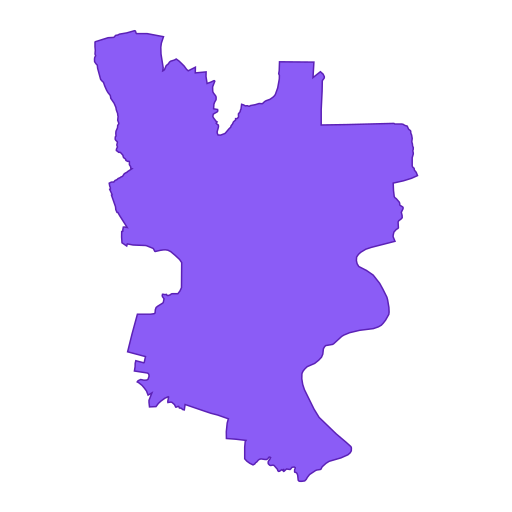 Tan Uyen, Bình Dương, Vietnam (orthographic projection)
{"feature_id": "81297802B30800695298767", "entity_name": "Tan Uyen", "entity_type": "district", "adm_level": 2, "iso_a3": "VNM", "parent_name": "Vietnam", "parent_adm1": "Bình Dương", "projection": "orthographic", "projection_center": [106.743, 11.057], "detail": "fine", "context": "isolated", "style": "filled", "palette": "violet", "viewbox_px": 512, "rotation_deg": 0, "n_neighbors": 0, "source": "geoboundaries", "source_scale": "gbopen_adm2", "svg_char_len": 6028}
<svg xmlns="http://www.w3.org/2000/svg" viewBox="0 0 512 512"><path d="M95.3,41.7L95.0,42.2L95.0,46.8L95.3,50.4L95.0,54.1L95.5,55.2L95.6,55.8L94.7,57.5L94.5,59.1L94.6,61.7L96.0,63.8L97.3,65.2L97.6,68.2L100.6,79.3L101.6,80.6L103.5,82.4L104.7,85.9L106.6,90.2L108.0,92.6L110.3,95.5L110.8,98.4L114.1,103.2L115.9,107.4L116.3,109.9L117.7,113.7L117.7,114.9L118.1,116.4L117.7,120.3L118.8,123.2L118.5,124.3L117.7,125.3L117.5,127.8L116.0,131.2L115.8,133.3L116.0,135.9L115.3,136.9L115.2,138.2L115.2,139.3L115.7,140.2L117.3,141.8L117.4,142.4L116.8,145.0L117.5,147.0L116.6,148.7L116.3,150.0L116.4,150.6L117.5,151.3L118.6,152.3L120.3,152.4L121.5,153.6L123.0,155.4L123.2,156.7L123.6,157.6L125.2,158.8L125.8,159.6L125.9,160.4L127.6,161.4L129.0,161.3L129.4,161.7L129.4,164.7L130.6,166.6L130.8,168.3L132.0,168.7L127.4,171.7L126.8,172.4L125.8,172.8L124.3,173.7L122.5,176.4L121.1,176.9L120.0,177.7L118.1,178.5L117.0,179.6L115.0,180.5L113.8,182.0L111.3,182.1L109.2,183.2L109.7,186.0L110.3,187.5L110.4,189.0L109.7,189.3L112.1,194.6L111.9,195.1L111.5,195.2L115.5,206.7L115.8,209.7L117.0,212.4L117.9,212.5L119.7,215.7L127.2,227.5L124.3,227.0L123.3,227.1L122.8,229.9L122.8,231.2L122.6,231.4L121.7,231.5L121.6,237.0L122.0,242.8L126.7,246.0L127.3,243.9L133.1,245.0L145.4,245.5L146.5,245.7L152.9,248.3L153.4,248.7L154.8,251.3L155.2,251.5L160.5,250.3L163.3,249.9L165.3,249.8L167.9,250.2L170.7,251.6L175.1,255.3L179.6,259.5L181.7,262.6L181.5,287.6L180.0,290.9L177.9,293.7L172.5,293.7L171.3,293.9L170.5,294.7L168.4,295.5L167.5,295.5L166.9,295.2L166.5,294.4L164.8,294.6L163.5,294.3L162.5,294.3L162.2,295.7L162.5,296.7L164.0,298.8L163.3,302.4L162.7,303.1L157.7,306.2L156.1,307.5L155.3,309.8L155.1,312.9L154.1,313.7L150.6,314.2L137.4,314.2L132.0,334.1L127.6,351.8L145.5,356.6L144.2,362.5L143.8,362.8L135.8,360.7L135.2,363.3L135.1,366.7L134.4,371.0L147.3,373.0L148.1,373.4L148.8,374.3L149.1,376.1L148.0,379.3L146.6,380.1L143.9,380.2L140.7,379.5L138.1,380.7L137.2,381.9L138.7,382.7L142.0,385.3L144.3,388.0L146.5,391.0L148.1,395.1L151.9,392.9L149.0,400.3L149.0,402.4L149.5,406.9L156.0,406.6L158.4,403.4L160.9,401.1L164.7,398.3L168.2,396.7L168.6,397.0L167.8,401.2L167.9,402.5L170.8,402.1L171.9,402.3L174.5,404.6L175.7,407.1L176.4,407.1L178.0,406.4L178.7,406.4L179.4,408.0L181.1,408.2L182.8,409.6L184.3,409.9L185.1,404.5L205.6,411.5L211.0,413.3L217.6,415.0L228.4,418.8L227.2,423.0L226.3,431.7L226.4,438.5L235.7,439.2L246.0,440.4L245.2,441.6L244.7,447.2L244.7,458.8L246.9,461.2L249.8,463.3L253.0,464.9L254.7,464.0L255.6,462.7L256.6,462.1L258.3,460.1L259.3,459.4L261.0,458.9L265.0,459.5L266.6,459.5L267.8,458.8L268.8,457.3L269.2,457.1L269.9,457.1L270.6,457.6L269.6,459.6L268.3,461.3L268.1,463.0L268.4,463.9L269.7,465.2L270.7,465.5L273.0,465.1L274.1,465.5L277.4,469.3L277.8,470.6L278.3,471.2L278.7,471.4L279.6,471.2L281.7,469.7L282.6,470.4L282.9,470.3L283.3,469.5L283.7,469.5L283.8,469.9L283.4,471.0L283.7,471.4L284.0,471.3L286.5,469.0L290.0,469.5L290.6,469.0L292.0,467.3L294.2,467.0L295.2,467.6L295.3,468.1L294.6,469.7L294.6,471.8L294.8,472.2L296.0,472.5L296.9,473.3L297.3,474.2L297.7,475.4L298.2,480.2L299.0,481.1L299.8,481.3L301.9,481.3L304.7,480.9L306.2,479.4L307.4,477.3L309.6,474.5L315.6,470.5L316.9,470.0L320.3,469.5L321.0,469.1L321.9,467.2L322.7,466.3L326.0,463.3L329.2,461.3L340.9,457.9L347.9,454.8L350.2,452.8L351.3,450.8L351.4,448.0L351.2,447.2L350.8,446.5L345.9,442.1L336.2,433.9L319.1,417.4L314.0,409.1L304.4,389.6L302.7,384.4L301.8,378.8L301.9,374.0L302.2,372.9L303.2,370.9L305.1,368.6L307.3,366.6L314.7,363.4L318.7,360.2L321.5,357.2L322.8,354.1L323.4,348.8L324.4,347.0L325.6,345.6L332.6,344.4L333.6,343.8L341.7,336.4L343.8,335.1L349.6,332.7L359.7,330.3L373.4,328.6L378.3,326.9L381.3,325.2L383.2,323.2L385.6,320.1L388.8,314.4L389.1,312.1L388.9,307.4L387.6,299.8L386.9,297.2L382.9,289.2L379.7,283.4L373.2,275.1L366.7,270.6L358.8,266.5L357.1,263.7L356.4,260.6L356.6,257.1L357.7,255.4L359.0,253.8L361.0,252.1L365.8,249.2L371.2,247.4L395.0,241.3L393.1,236.7L393.2,235.1L393.9,232.1L396.2,229.5L398.0,228.4L398.4,227.7L398.1,222.1L398.6,220.9L401.3,218.8L402.2,217.7L402.1,215.4L401.3,212.3L403.0,208.8L403.1,208.0L403.0,207.3L402.6,206.9L400.1,205.3L399.7,204.7L399.7,203.3L399.3,202.2L396.3,198.7L394.7,197.5L394.2,196.4L393.5,190.5L393.2,183.1L403.5,180.8L411.5,178.3L417.5,175.6L416.2,172.3L414.4,170.1L414.1,168.3L412.7,167.1L412.2,165.9L412.2,157.7L413.2,154.3L413.3,153.2L412.8,150.7L413.2,149.5L413.3,147.6L412.6,146.0L412.4,143.9L411.8,141.8L412.2,138.4L411.6,135.0L410.8,133.1L410.7,131.2L410.4,130.6L408.6,129.2L407.2,126.1L404.8,125.4L403.1,124.3L401.6,124.0L394.8,124.0L393.9,123.4L346.1,124.6L321.2,125.0L321.2,109.7L322.1,91.1L322.3,81.1L322.5,80.4L324.0,78.4L324.3,77.8L324.3,76.6L323.1,74.1L320.4,71.7L313.0,77.6L313.9,62.1L279.5,61.8L279.2,70.8L278.7,73.7L279.4,75.4L279.3,79.0L277.7,87.9L275.4,94.3L274.6,95.6L273.1,97.1L270.0,99.3L266.1,100.7L264.6,101.6L262.7,103.4L262.2,103.7L259.1,103.5L255.2,104.7L250.3,105.6L249.6,106.2L249.0,106.3L247.3,105.7L245.3,105.9L243.6,104.9L241.6,104.3L241.0,109.0L240.4,110.3L240.2,111.6L238.4,113.9L238.5,117.0L238.2,117.4L237.3,118.4L236.7,118.6L235.6,118.6L235.5,120.1L233.5,121.8L232.4,124.2L231.2,125.6L230.7,127.2L228.9,128.9L225.7,132.7L224.9,133.5L220.6,135.1L218.1,135.0L217.4,133.6L217.1,132.0L218.4,127.2L218.5,126.1L218.3,125.0L217.2,124.3L216.2,123.2L217.1,121.9L216.2,121.4L213.6,118.0L212.8,116.4L213.3,114.1L217.3,111.8L217.8,110.9L217.6,109.5L213.6,108.8L213.9,104.2L214.8,101.8L215.8,100.2L216.1,99.4L216.1,97.0L215.6,95.8L213.6,93.2L212.8,91.7L212.7,90.5L212.6,86.9L214.8,81.2L214.4,80.7L213.8,80.7L211.1,82.0L207.1,83.5L206.0,76.5L206.1,71.9L195.3,72.9L195.4,67.2L188.2,70.8L186.6,69.4L184.1,66.0L182.1,64.0L179.1,61.1L176.2,59.0L174.5,60.0L170.6,61.2L169.5,62.1L168.3,63.9L166.2,65.6L164.5,69.6L163.7,70.4L162.7,70.9L163.2,67.9L161.0,54.0L160.8,47.2L161.4,43.0L163.5,36.7L147.1,33.6L136.5,33.6L136.2,33.3L135.4,31.0L134.5,30.7L126.7,32.9L119.6,34.1L117.5,35.1L115.9,35.3L115.4,35.6L114.4,36.9L113.5,37.4L108.1,37.7L95.3,41.7Z" fill="#8b5cf6" stroke="#5b21b6" stroke-width="1.5"/></svg>